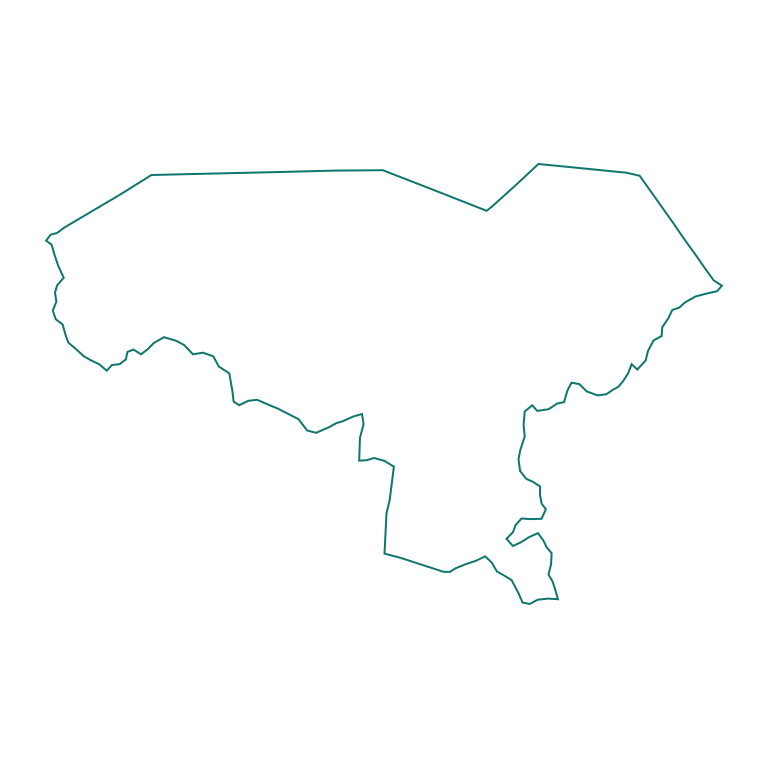 Igaci, Alagoas, Brazil (Natural Earth projection)
{"feature_id": "56859067B49327509467855", "entity_name": "Igaci", "entity_type": "district", "adm_level": 2, "iso_a3": "BRA", "parent_name": "Brazil", "parent_adm1": "Alagoas", "projection": "natural_earth1", "projection_center": [-36.674, -9.569], "detail": "fine", "context": "isolated", "style": "outline", "palette": "teal", "viewbox_px": 768, "rotation_deg": 0, "n_neighbors": 0, "source": "geoboundaries", "source_scale": "gbopen_adm2", "svg_char_len": 2075}
<svg xmlns="http://www.w3.org/2000/svg" viewBox="0 0 768 768"><path d="M548.3,598.6L557.9,599.2L555.5,590.5L552.7,581.8L548.5,574.5L551.1,564.1L551.6,553.1L546.5,547.1L543.5,540.7L538.0,533.1L529.1,537.1L520.9,542.3L512.9,546.0L506.5,538.8L512.9,532.3L515.7,524.9L521.6,518.5L530.1,519.1L541.5,518.8L545.9,509.2L541.7,503.8L540.0,495.2L540.1,486.5L532.8,481.7L526.3,478.9L520.1,471.0L518.5,459.4L520.3,449.9L524.7,436.7L523.6,424.7L524.7,411.6L532.1,405.3L537.3,410.9L548.6,409.2L557.1,403.6L564.0,402.1L567.4,390.6L571.5,382.7L579.4,384.1L586.7,391.4L597.7,395.4L606.5,394.2L612.3,390.1L618.1,387.0L623.0,381.3L628.1,373.4L631.6,364.2L637.3,369.5L645.6,360.6L648.0,351.0L653.5,340.5L661.6,336.0L662.3,327.1L668.1,318.7L672.3,310.0L679.1,307.7L685.0,302.4L695.5,296.5L707.2,293.4L717.1,291.2L721.9,285.7L713.8,280.5L706.2,270.1L701.8,263.8L697.0,256.8L692.8,251.0L688.0,244.4L681.2,234.7L672.5,222.0L639.7,175.8L626.4,172.7L538.4,164.0L516.0,184.9L498.6,200.6L492.4,206.2L486.6,210.8L440.1,192.5L382.8,170.2L334.6,170.6L303.1,171.4L284.6,171.9L232.4,173.1L151.4,175.0L124.1,192.1L116.7,196.6L64.2,227.6L57.2,232.9L50.6,234.7L46.1,240.6L51.6,244.7L54.6,255.1L58.2,265.8L63.7,277.7L57.2,285.3L55.0,292.5L56.4,301.6L52.8,310.5L55.7,319.2L62.6,324.5L65.7,335.5L68.5,342.8L76.0,349.1L83.9,356.3L91.5,360.6L99.2,364.2L106.8,370.7L111.9,365.0L119.5,364.2L125.9,359.4L127.4,351.9L133.5,349.6L141.0,354.3L147.9,349.1L153.7,343.1L163.9,337.2L176.3,340.8L184.2,345.1L193.0,354.3L203.0,352.7L213.3,356.3L218.8,366.5L229.3,373.4L232.5,391.8L233.6,401.6L239.3,405.2L248.3,400.8L257.1,399.8L269.8,405.3L277.4,408.4L298.6,419.2L307.1,430.5L316.1,432.8L328.4,427.5L336.2,423.2L342.8,421.2L353.3,416.5L362.0,414.0L363.6,424.0L360.0,437.6L359.6,447.9L359.2,460.6L366.4,460.3L374.0,458.0L384.3,460.8L393.9,466.7L389.6,500.5L386.5,513.2L384.5,553.6L400.7,557.9L443.5,571.8L449.9,571.9L455.8,568.2L464.6,564.6L476.1,560.7L485.2,556.4L491.8,562.6L496.9,571.4L504.1,575.5L511.6,580.1L518.4,593.0L522.5,602.5L529.7,604.0L537.7,599.7L548.3,598.6Z" fill="none" stroke="#0f766e" stroke-width="2"/></svg>